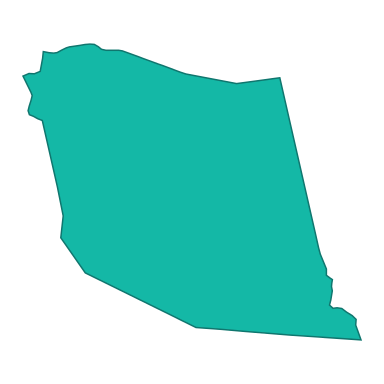 outline of Malhada de Pedras, Bahia, Brazil
{"feature_id": "56859067B79149246141115", "entity_name": "Malhada de Pedras", "entity_type": "district", "adm_level": 2, "iso_a3": "BRA", "parent_name": "Brazil", "parent_adm1": "Bahia", "projection": "albers", "projection_center": [-41.852, -14.352], "detail": "fine", "context": "isolated", "style": "filled", "palette": "teal", "viewbox_px": 384, "rotation_deg": 0, "n_neighbors": 0, "source": "geoboundaries", "source_scale": "gbopen_adm2", "svg_char_len": 1067}
<svg xmlns="http://www.w3.org/2000/svg" viewBox="0 0 384 384"><path d="M43.3,51.6L42.6,58.4L40.2,71.4L34.3,73.8L29.0,73.5L23.0,76.1L31.0,92.4L32.2,95.6L31.0,100.5L29.2,106.2L28.1,110.7L29.4,114.7L33.4,116.3L37.7,118.7L42.3,120.5L57.4,186.9L63.2,215.9L60.8,237.8L64.6,243.2L85.3,272.9L171.0,315.1L182.0,320.6L196.0,327.5L211.3,328.6L222.0,329.4L244.7,331.4L290.5,335.1L361.0,339.9L357.6,330.4L355.7,325.1L356.1,319.4L352.2,315.6L346.5,312.1L341.8,308.5L337.1,307.8L333.0,308.3L329.5,305.1L330.8,300.0L331.6,295.1L332.3,290.8L331.5,286.6L331.8,283.2L332.4,279.6L329.7,277.8L326.4,275.3L326.4,269.0L320.3,254.2L318.6,247.9L317.5,243.0L315.4,233.6L311.9,218.3L287.3,110.7L279.8,77.8L273.6,78.6L267.2,79.5L257.6,80.8L236.6,83.6L197.0,76.1L185.9,74.0L180.4,72.2L175.8,70.5L162.8,65.6L158.1,64.0L142.8,58.4L139.2,57.0L129.6,53.5L122.4,50.9L118.8,50.3L110.6,50.3L106.0,50.3L101.5,49.3L98.3,46.7L94.3,44.4L89.9,44.1L85.0,44.5L79.8,45.4L74.3,46.2L69.4,46.9L66.2,47.9L61.7,50.1L57.1,52.6L53.7,53.1L49.0,52.7L43.3,51.6Z" fill="#14b8a6" stroke="#0f766e" stroke-width="1.5"/></svg>